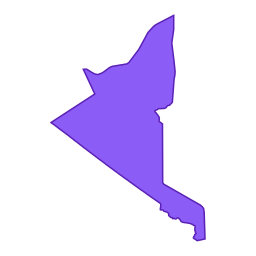 outline of Adrar
{"feature_id": "DZA-2143", "entity_name": "Adrar", "entity_type": "Province", "adm_level": 1, "iso_a3": "DZA", "parent_name": "Algeria", "parent_adm1": "", "projection": "albers", "projection_center": [0.561, 25.317], "detail": "fine", "context": "isolated", "style": "filled", "palette": "violet", "viewbox_px": 256, "rotation_deg": 0, "n_neighbors": 0, "source": "natural_earth", "source_scale": "10m", "svg_char_len": 3339}
<svg xmlns="http://www.w3.org/2000/svg" viewBox="0 0 256 256"><path d="M64.1,132.3L61.4,130.3L58.7,128.3L56.0,126.2L53.3,124.2L51.4,122.9L51.0,122.6L51.2,122.4L94.8,94.0L83.3,69.3L86.4,69.1L89.2,70.7L90.8,71.8L94.6,73.9L97.8,74.6L101.7,73.1L103.9,71.8L108.9,68.0L110.8,66.9L112.6,66.3L126.9,63.9L129.0,62.4L138.8,49.4L148.1,32.3L153.4,26.6L154.8,25.4L157.8,23.6L173.7,15.4L173.7,29.5L171.8,43.1L174.1,61.9L175.1,71.6L174.9,75.2L174.1,79.1L172.4,101.6L172.3,102.1L172.1,102.5L171.8,102.9L171.1,103.7L170.6,104.1L169.6,105.2L169.4,105.3L167.8,105.6L167.6,105.6L167.4,105.8L166.4,107.2L166.0,107.7L165.7,107.8L165.2,108.1L164.0,108.5L163.8,108.5L161.6,108.5L160.9,108.7L160.6,108.7L159.8,108.6L158.6,108.7L158.5,108.8L158.3,108.8L157.3,109.6L156.1,110.1L155.4,110.4L155.2,110.6L154.9,111.0L154.8,111.3L154.8,111.6L155.0,111.8L156.3,113.1L158.8,116.6L159.0,116.9L159.1,117.2L159.2,117.6L159.3,117.9L159.3,119.0L159.1,120.7L159.2,121.2L159.4,121.6L162.2,123.7L162.4,123.9L162.5,124.0L162.5,124.3L162.7,182.6L163.0,183.1L163.8,184.2L200.6,205.2L202.3,206.8L203.6,208.5L204.2,212.6L205.0,238.9L205.0,239.0L203.7,239.2L200.9,239.9L199.1,240.2L197.7,240.6L197.3,240.6L197.1,240.6L196.9,240.5L196.5,240.3L195.5,239.3L194.7,239.0L194.3,238.8L194.0,238.6L193.7,238.3L193.4,237.9L193.4,237.6L193.5,237.2L193.7,236.8L193.9,236.5L194.0,236.3L194.2,236.2L194.5,235.8L194.6,235.5L194.7,234.8L194.8,234.5L195.1,234.2L195.5,234.0L195.8,233.8L195.9,233.3L195.9,233.0L195.7,232.7L195.5,232.4L195.3,232.1L195.3,231.9L195.4,231.6L195.3,231.3L195.3,231.2L195.2,231.2L194.9,230.4L194.8,229.8L195.1,226.2L195.0,225.9L194.7,225.7L193.9,225.4L193.6,225.3L192.6,224.5L190.5,223.6L185.9,222.7L185.0,222.7L183.4,222.4L183.2,222.4L182.9,222.4L182.3,222.0L182.0,221.9L181.6,221.8L181.3,221.7L181.1,221.5L180.4,220.3L179.9,219.6L179.3,218.9L178.2,218.1L177.9,217.9L177.6,217.8L177.3,217.9L176.9,218.2L176.2,218.8L175.8,219.0L175.5,219.0L174.5,218.6L174.3,218.5L174.2,218.4L173.8,218.3L173.6,218.4L173.3,218.6L173.1,218.7L172.8,218.7L172.6,218.5L172.6,218.2L172.4,217.8L172.2,217.6L171.9,217.6L171.6,217.6L171.2,217.6L170.9,217.5L168.9,215.8L168.7,215.6L168.7,214.2L168.6,213.6L168.3,213.1L167.2,212.3L166.5,211.9L165.9,211.8L165.6,211.7L165.3,211.6L164.6,211.5L163.9,211.2L163.6,211.0L163.4,210.7L163.0,210.1L162.8,209.9L162.4,209.8L162.1,209.8L161.4,209.9L161.0,210.0L160.7,209.9L160.4,209.8L160.3,209.6L160.3,209.1L160.3,208.8L160.6,207.2L160.8,205.2L160.8,204.9L160.5,203.7L160.3,203.4L158.3,202.0L156.9,201.0L155.4,200.0L154.0,199.0L152.6,198.0L151.1,197.0L149.7,196.0L148.3,195.0L146.8,194.0L145.4,192.9L144.0,191.9L142.6,190.9L141.4,190.1L141.1,189.9L139.7,188.9L138.3,187.9L136.9,186.9L135.4,185.8L134.0,184.8L132.6,183.8L131.2,182.8L129.8,181.8L128.4,180.7L127.0,179.7L125.5,178.7L124.1,177.7L122.7,176.6L121.3,175.6L119.9,174.6L118.5,173.6L117.1,172.5L115.7,171.5L114.3,170.5L112.9,169.4L111.5,168.4L110.1,167.4L108.7,166.3L107.3,165.3L105.9,164.3L104.6,163.2L103.2,162.2L101.8,161.1L100.4,160.1L99.0,159.1L97.6,158.0L96.2,157.0L94.9,155.9L93.5,154.9L92.1,153.8L90.7,152.8L89.4,151.8L88.2,150.9L86.9,149.9L85.7,148.9L84.4,148.0L83.1,147.0L81.9,146.0L80.6,145.1L79.4,144.1L78.1,143.1L76.9,142.1L75.6,141.2L74.3,140.2L73.1,139.2L71.8,138.2L70.6,137.3L68.9,135.9L67.7,135.0L66.5,134.1L65.3,133.2L64.1,132.3Z" fill="#8b5cf6" stroke="#5b21b6" stroke-width="1.5"/></svg>